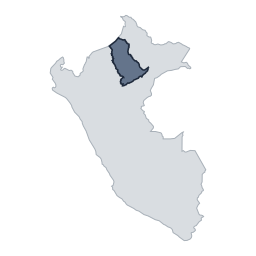 Loreto, Loreto, Peru (highlighted)
{"feature_id": "86281439B27227740990867", "entity_name": "Loreto", "entity_type": "district", "adm_level": 2, "iso_a3": "PER", "parent_name": "Peru", "parent_adm1": "Loreto", "projection": "albers", "projection_center": [-75.325, -3.761], "detail": "fine", "context": "in_parent", "style": "filled", "palette": "slate", "viewbox_px": 256, "rotation_deg": 0, "n_neighbors": 0, "source": "geoboundaries", "source_scale": "gbopen_adm2", "svg_char_len": 8034}
<svg xmlns="http://www.w3.org/2000/svg" viewBox="0 0 256 256"><path d="M190.8,67.6L190.7,68.4L189.7,68.8L188.7,68.2L187.4,68.4L185.3,66.5L180.5,66.7L178.3,68.9L175.1,69.4L171.5,70.4L167.5,70.8L161.2,74.3L159.8,75.7L156.9,77.7L154.6,78.4L153.4,84.8L151.2,88.5L150.3,90.5L151.5,93.6L151.5,95.1L150.2,96.3L149.1,96.4L147.0,97.7L143.8,100.5L143.2,102.7L144.3,105.5L143.9,105.8L141.3,106.4L141.3,107.9L140.8,108.5L143.0,110.8L144.3,111.4L144.3,111.9L144.1,112.5L143.6,112.8L143.6,113.3L145.2,114.9L146.3,118.3L148.7,120.0L148.7,121.1L149.4,122.1L150.6,123.0L153.4,126.3L153.4,127.9L150.5,131.5L155.4,131.5L160.7,132.8L161.4,133.3L162.1,135.0L162.2,136.0L163.2,136.9L163.1,138.9L170.2,138.9L174.7,138.4L182.1,132.5L183.3,132.0L182.7,133.3L182.6,134.2L183.0,135.3L182.1,136.7L182.0,151.3L183.3,150.6L185.0,152.0L186.3,152.0L190.3,150.4L195.0,150.7L205.8,169.8L204.9,171.1L204.9,172.1L203.6,172.9L202.2,174.4L202.1,182.0L201.0,184.2L201.6,185.4L202.2,187.8L203.2,189.3L203.4,190.2L203.3,190.6L201.8,191.4L201.6,192.7L198.9,195.4L198.4,197.2L197.4,197.8L197.2,199.8L199.6,203.2L198.0,205.1L196.6,208.1L199.0,214.2L200.0,215.1L201.1,215.1L202.7,215.6L203.6,216.6L201.6,217.7L201.2,218.2L201.4,220.2L199.2,221.7L196.2,225.6L195.4,225.8L193.9,226.9L193.7,227.5L193.9,228.1L195.2,229.2L195.3,230.6L193.2,232.3L191.7,232.5L191.1,233.0L191.7,235.3L191.7,236.4L191.3,237.7L190.2,239.0L187.1,240.4L184.2,240.6L179.4,237.1L177.9,235.6L173.1,232.6L172.3,229.5L170.7,227.9L167.8,226.8L165.4,225.1L163.7,224.4L159.3,220.8L155.3,219.7L148.0,215.9L144.0,214.6L138.9,211.1L136.1,210.2L133.9,208.5L127.2,205.0L126.1,203.9L125.1,202.2L123.6,201.2L121.9,198.8L119.4,197.4L117.0,195.6L114.1,190.6L112.7,189.5L112.6,187.2L111.6,186.2L113.1,185.4L114.0,181.9L113.5,180.2L110.1,175.4L109.4,173.5L106.9,169.8L106.0,167.6L104.0,166.1L103.2,164.7L102.1,164.1L102.0,162.4L101.2,159.2L100.1,157.6L96.2,154.6L95.8,151.4L94.9,149.1L89.3,139.9L86.1,131.0L83.4,126.1L82.3,123.3L82.2,121.7L80.2,119.1L79.1,116.7L74.6,112.1L71.9,107.0L71.6,105.4L69.8,102.6L66.9,98.9L65.5,97.5L56.8,93.0L52.7,90.2L52.2,88.8L52.4,87.9L53.3,87.2L54.5,87.8L55.3,87.5L55.9,86.5L55.9,84.9L55.1,83.0L52.3,79.2L53.0,77.4L50.2,73.0L50.8,68.7L51.4,67.6L55.6,63.2L56.7,61.3L58.5,60.2L60.4,58.4L62.6,57.0L63.2,57.5L63.9,59.8L63.8,61.4L64.4,63.1L62.9,64.7L61.2,64.4L60.6,64.8L60.3,65.5L60.6,66.7L61.0,67.2L62.3,67.2L60.6,69.5L60.8,70.0L61.9,70.4L63.0,69.8L64.2,68.5L64.9,68.3L69.2,70.5L71.1,70.2L72.7,71.3L72.9,72.9L75.0,76.1L78.1,76.8L78.7,76.6L79.4,75.4L80.1,75.2L80.2,73.4L82.9,71.5L83.3,70.2L82.9,69.3L83.0,68.6L84.6,64.4L85.1,63.9L85.6,62.6L86.2,61.7L87.1,57.0L87.9,57.0L88.6,58.2L89.4,57.9L89.0,56.8L89.1,56.4L92.1,52.7L93.1,51.9L107.7,46.6L115.0,41.3L121.4,33.8L123.5,26.3L124.2,26.8L125.4,26.6L125.0,23.6L125.3,22.2L125.3,21.7L123.2,19.9L122.4,17.9L120.7,16.8L120.7,16.4L122.6,16.8L124.3,16.6L125.7,15.4L126.8,15.5L129.2,17.2L131.0,17.3L131.6,18.5L133.3,19.4L135.8,22.0L136.9,24.9L136.8,25.4L137.9,26.9L140.3,27.6L142.6,29.7L145.1,30.3L146.2,32.2L146.9,32.8L147.2,33.9L146.8,35.2L147.2,35.8L149.0,37.0L150.5,37.0L150.9,37.6L151.7,40.7L151.2,42.2L151.4,43.1L153.4,43.9L154.0,44.6L155.6,44.7L157.9,44.0L160.8,45.0L163.0,44.7L164.0,44.4L165.0,43.7L165.9,43.8L168.2,41.8L168.8,41.6L171.2,42.5L173.2,43.9L175.7,43.6L176.7,42.8L178.5,42.3L181.7,44.0L182.5,44.8L183.3,45.0L186.8,46.7L187.4,47.3L189.3,48.0L189.7,48.5L189.5,49.1L181.3,61.9L183.8,62.9L186.2,62.3L187.4,63.2L188.3,65.3L190.1,66.7L190.8,67.6Z" fill="#d9dde1" stroke="#a8b0b8" stroke-width="1"/><path d="M122.4,85.9L123.1,85.8L123.4,85.8L123.6,85.7L123.8,85.4L124.4,85.5L124.7,85.4L125.3,84.9L125.8,84.7L126.1,84.5L126.3,84.6L126.8,84.0L127.1,83.6L127.7,83.0L127.8,83.0L128.3,83.0L128.6,83.2L129.0,83.3L129.4,82.9L129.7,82.7L130.3,82.6L130.6,82.5L133.0,81.2L133.3,80.6L133.5,80.3L133.8,80.1L135.2,79.5L135.7,79.4L136.5,78.8L136.9,78.7L137.3,78.5L137.6,78.6L137.8,78.5L138.0,78.3L138.4,78.2L138.6,77.9L138.7,77.5L138.7,77.3L139.2,77.0L139.8,76.5L140.0,76.3L140.3,76.2L140.9,76.3L141.1,76.5L141.4,76.6L141.5,76.9L141.7,77.0L141.8,77.0L141.8,76.8L142.1,76.5L142.2,76.3L142.1,76.2L142.4,75.4L142.7,75.3L142.9,75.0L143.2,74.9L143.4,74.6L143.8,74.4L144.0,74.1L144.2,73.8L144.4,73.6L144.8,73.6L145.1,73.4L145.3,73.2L145.6,72.9L145.7,72.5L146.0,72.1L146.7,71.7L146.9,71.3L147.2,71.1L147.5,70.9L147.5,70.7L147.6,70.2L147.9,69.9L148.0,69.7L148.0,69.0L148.0,68.9L147.7,68.5L147.7,68.4L148.0,68.1L148.5,67.7L148.3,67.4L148.2,67.6L147.8,67.8L147.4,68.0L147.4,68.3L147.3,68.5L146.5,68.7L146.3,68.9L145.9,69.2L144.7,69.9L144.5,70.0L143.8,70.0L143.2,70.0L142.9,69.9L142.3,69.3L141.9,69.2L141.7,69.1L141.5,68.5L140.1,67.5L139.8,67.1L139.6,66.6L139.2,65.2L139.2,64.4L139.0,64.1L138.9,64.0L138.7,63.4L138.5,63.2L138.4,62.9L138.3,62.7L138.1,62.6L137.9,62.6L137.7,62.6L137.4,62.4L137.1,62.0L137.0,61.6L136.6,61.5L136.4,61.0L136.3,60.9L136.2,60.9L135.9,60.9L135.8,61.0L135.6,60.9L135.2,60.8L135.1,60.7L134.8,60.7L134.6,60.7L134.0,59.9L132.5,58.4L132.4,58.2L132.4,57.9L132.5,57.8L132.3,57.6L132.2,57.6L132.1,57.4L131.9,57.2L131.9,56.9L131.8,56.7L131.7,56.6L131.6,56.4L131.6,56.2L131.3,56.1L131.2,56.1L131.1,55.8L130.8,55.8L130.8,55.7L130.7,55.6L130.6,55.4L130.8,55.1L130.7,54.9L130.5,54.7L130.4,54.8L130.2,54.7L129.8,54.6L129.7,54.6L129.3,54.5L129.2,54.5L128.9,54.5L128.8,54.4L128.6,54.4L128.5,54.2L128.4,53.9L128.3,53.6L128.4,53.4L128.3,53.0L128.2,52.8L128.1,52.4L128.1,52.0L128.0,51.9L127.8,51.8L127.8,51.6L127.9,51.2L127.9,50.9L128.0,50.7L128.2,49.9L128.2,49.4L128.4,49.1L128.4,48.6L128.4,48.1L128.5,48.0L128.7,47.9L128.8,47.8L128.9,47.6L129.0,47.3L129.0,47.0L129.0,46.9L129.0,46.7L128.9,46.7L128.6,46.1L128.7,45.9L128.9,45.9L129.0,45.9L129.1,45.3L129.1,45.0L129.1,44.7L129.0,44.4L129.0,44.2L128.9,44.2L128.7,44.2L128.3,44.0L128.0,43.8L127.8,43.5L127.7,43.5L127.5,43.3L127.2,43.2L127.1,43.4L126.8,43.2L126.6,42.5L126.4,42.3L126.4,42.2L126.5,42.1L126.4,41.9L126.2,41.8L126.1,41.7L125.8,41.6L125.7,41.6L125.6,41.3L125.4,41.1L125.5,40.9L125.3,40.8L125.4,40.6L125.2,40.4L125.2,40.2L124.9,39.7L124.3,39.7L124.1,39.8L123.7,39.8L123.4,40.0L123.1,40.1L122.8,39.8L122.7,39.7L122.1,39.7L121.9,39.6L121.4,39.2L120.9,39.2L120.4,39.0L119.8,38.8L119.3,38.8L119.2,38.5L118.9,37.8L118.8,37.5L118.9,37.2L115.6,41.2L109.5,46.0L109.8,46.1L109.9,46.7L109.8,46.9L109.9,47.0L110.0,47.0L110.3,47.1L110.5,47.5L110.9,47.9L111.1,48.2L111.3,48.3L111.4,48.5L111.2,48.6L111.4,48.8L111.6,48.8L111.9,49.6L112.2,49.7L112.2,49.8L112.3,50.0L112.2,50.4L112.2,50.8L111.9,51.0L111.8,51.4L111.8,51.6L111.8,51.8L111.9,52.1L111.8,52.3L111.8,52.8L111.7,53.2L111.5,53.5L111.3,53.6L111.4,53.8L111.8,54.1L111.6,54.3L111.8,54.5L111.7,54.7L111.7,55.0L112.0,54.8L111.9,55.2L112.1,55.2L112.1,55.4L112.2,55.6L112.3,55.8L112.5,56.1L112.8,56.5L112.8,56.8L112.7,57.0L112.9,57.0L112.9,57.3L113.0,57.5L112.9,57.9L113.0,58.0L113.4,58.4L113.6,58.6L113.4,58.9L113.2,59.0L112.9,59.1L113.0,59.3L113.1,59.5L113.2,59.9L112.7,60.2L112.4,60.3L112.1,60.5L112.3,60.7L112.5,60.7L112.6,60.8L112.6,61.0L112.8,61.1L112.7,61.3L112.7,61.5L112.8,61.4L113.1,61.3L113.1,61.8L113.2,62.0L113.5,62.2L113.5,62.4L113.6,62.6L113.5,63.0L113.6,63.5L113.9,63.6L114.3,63.9L114.4,64.2L114.4,64.5L114.7,64.9L115.0,65.0L115.2,65.4L115.2,65.5L115.3,65.6L115.4,66.0L115.3,66.5L115.9,67.2L116.0,67.6L116.0,67.8L115.8,68.1L115.8,68.5L116.2,68.9L116.4,69.0L116.7,69.1L116.9,69.3L117.5,69.6L117.8,69.8L117.8,70.1L117.8,70.4L117.6,70.5L117.7,70.9L117.7,71.2L117.5,71.7L117.6,71.8L117.9,71.8L118.0,71.9L118.1,72.2L118.0,72.6L118.1,73.0L118.6,73.2L119.4,73.6L119.5,73.9L119.6,74.2L119.6,74.3L119.5,74.5L120.3,74.9L120.3,75.0L120.1,75.3L120.0,75.5L120.2,75.9L120.3,76.0L120.6,76.0L120.8,76.0L121.0,75.9L121.2,76.0L121.3,76.1L121.9,76.1L122.4,76.2L123.1,76.6L123.3,76.7L123.5,76.9L123.7,77.5L123.0,77.4L122.7,77.6L122.5,77.8L122.2,78.3L120.9,79.3L121.2,79.8L121.2,80.1L121.1,80.3L120.8,80.2L120.7,80.3L120.7,80.5L120.8,80.8L120.5,81.2L120.4,81.4L120.4,81.8L120.8,82.3L120.9,82.5L120.6,83.0L121.1,83.5L121.0,83.8L121.7,84.1L122.1,84.1L122.4,84.1L122.9,84.0L122.7,84.5L122.6,85.1L122.4,85.6L122.4,85.9Z" fill="#64748b" stroke="#1e293b" stroke-width="1.5"/></svg>